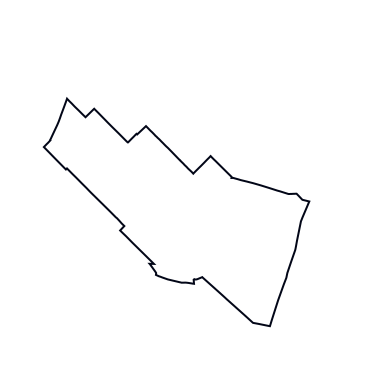 the district of Spantov, Calarasi, Romania, rotated 319°
{"feature_id": "2599482B51695230514205", "entity_name": "Spantov", "entity_type": "district", "adm_level": 2, "iso_a3": "ROU", "parent_name": "Romania", "parent_adm1": "Calarasi", "projection": "mercator", "projection_center": [26.79, 44.153], "detail": "fine", "context": "isolated", "style": "outline", "palette": "ink", "viewbox_px": 384, "rotation_deg": 319, "n_neighbors": 0, "source": "geoboundaries", "source_scale": "gbopen_adm2", "svg_char_len": 2596}
<svg xmlns="http://www.w3.org/2000/svg" viewBox="0 0 384 384"><g transform="rotate(319 192 192)"><path d="M162.8,344.4L167.9,341.2L186.0,330.2L200.8,321.9L205.7,319.3L206.5,318.9L207.0,318.6L210.8,315.7L220.7,309.9L231.7,303.6L232.7,302.9L235.0,301.1L239.1,297.8L255.0,285.6L256.2,285.0L256.6,284.8L258.5,283.8L274.3,276.1L270.2,270.3L269.9,263.7L269.8,261.9L268.2,260.6L265.8,258.7L263.6,256.9L263.3,256.5L258.9,249.3L257.3,246.9L253.0,239.8L248.3,232.2L244.1,225.7L240.3,220.2L236.6,215.0L235.1,212.6L233.3,209.9L232.4,208.5L232.1,208.2L231.0,207.3L231.8,206.6L231.5,202.9L230.9,194.9L230.6,190.9L230.4,188.2L230.1,184.0L229.9,182.1L229.7,179.1L229.6,177.1L227.9,177.3L224.6,177.5L220.1,177.9L216.1,178.2L212.4,178.4L211.3,178.5L209.5,178.6L205.8,178.9L205.0,179.0L205.0,178.0L204.9,176.3L204.7,174.4L204.5,172.6L204.4,171.4L204.4,170.1L204.3,168.6L204.1,166.8L204.1,165.3L204.0,163.9L203.9,162.9L203.8,161.7L203.8,160.4L203.7,160.4L202.8,143.9L202.7,142.5L202.5,141.0L202.4,139.7L202.3,138.2L202.2,136.1L202.1,134.9L202.0,133.5L201.9,131.0L201.6,128.6L201.5,126.7L201.3,125.7L201.3,125.0L201.3,124.2L201.2,122.3L201.1,120.6L200.9,118.9L200.8,117.3L200.7,115.3L200.5,112.1L188.4,112.6L188.3,111.7L187.6,111.7L184.5,112.0L181.4,112.2L177.8,112.5L176.4,112.6L176.2,112.6L176.0,112.4L175.8,110.1L175.1,99.5L174.4,90.6L174.0,84.8L173.2,70.9L173.0,68.2L172.8,65.3L172.8,65.0L172.7,65.0L169.5,65.2L166.2,65.4L160.7,65.7L160.3,60.9L160.0,56.4L159.5,50.7L159.3,46.2L159.0,42.7L159.0,41.3L158.9,40.5L158.9,39.6L156.8,40.8L151.2,43.9L146.6,46.4L144.0,47.8L140.9,49.6L137.8,51.3L136.4,52.0L134.1,53.1L129.1,55.3L123.0,58.0L120.8,59.0L120.1,59.3L119.5,59.5L119.0,59.7L119.0,59.9L119.0,60.1L115.0,60.5L114.5,60.5L114.4,60.5L109.7,60.9L110.7,78.0L111.6,92.3L113.1,92.2L113.6,100.2L114.0,105.1L114.5,113.2L115.0,120.0L115.1,122.5L115.3,126.0L115.5,128.6L117.3,151.8L117.9,161.1L118.2,162.6L118.2,163.2L118.3,166.7L118.3,167.6L118.3,169.5L118.6,173.3L112.5,173.9L112.6,175.1L112.9,178.6L113.2,181.9L113.8,191.6L114.1,195.4L116.1,221.3L112.9,218.4L112.9,218.8L112.6,222.1L112.0,228.4L111.8,229.6L111.1,230.3L110.4,230.9L110.5,231.1L110.9,232.0L111.8,234.0L112.5,235.1L113.6,237.2L114.0,237.9L116.4,242.1L118.4,244.9L124.8,253.8L125.6,254.4L126.0,254.8L127.4,255.9L128.4,256.9L129.5,258.1L131.6,260.6L132.4,261.6L133.3,262.6L135.7,259.3L136.5,259.3L136.6,259.7L137.1,260.2L137.3,260.4L137.8,260.8L138.8,261.3L139.4,261.5L143.9,263.0L143.9,263.5L146.0,280.2L147.6,293.2L147.8,295.3L151.2,322.2L151.7,326.5L152.2,330.8L155.7,335.2L162.0,343.4L162.8,344.4Z" fill="none" stroke="#020617" stroke-width="2"/></g></svg>